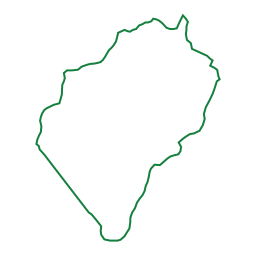 Motuca, São Paulo, Brazil
{"feature_id": "56859067B60316508863288", "entity_name": "Motuca", "entity_type": "district", "adm_level": 2, "iso_a3": "BRA", "parent_name": "Brazil", "parent_adm1": "São Paulo", "projection": "natural_earth1", "projection_center": [-48.163, -21.521], "detail": "fine", "context": "isolated", "style": "outline", "palette": "green", "viewbox_px": 256, "rotation_deg": 0, "n_neighbors": 0, "source": "geoboundaries", "source_scale": "gbopen_adm2", "svg_char_len": 1584}
<svg xmlns="http://www.w3.org/2000/svg" viewBox="0 0 256 256"><path d="M129.4,228.5L130.3,222.0L130.4,217.6L132.1,212.7L135.0,208.1L137.0,202.6L139.8,198.5L142.6,195.0L144.6,191.0L145.8,185.7L147.5,182.1L148.9,176.3L149.6,172.0L150.9,168.7L154.5,164.7L159.9,165.1L167.2,158.7L170.3,156.5L173.4,155.5L178.3,154.3L180.4,151.3L181.1,146.8L178.7,142.5L182.0,139.5L185.6,136.8L189.9,134.1L194.0,133.4L199.5,130.8L202.8,125.2L204.7,119.0L203.9,113.9L205.8,107.3L209.8,99.8L212.6,93.9L214.7,88.1L216.8,81.4L219.6,79.3L218.4,76.3L217.2,69.9L214.4,67.8L210.2,65.7L212.6,60.5L210.0,58.6L207.1,55.8L202.7,53.8L198.9,52.0L192.0,48.9L190.8,43.1L187.0,40.0L185.9,34.4L186.4,30.2L186.5,26.2L187.9,21.9L185.8,18.6L182.9,15.4L180.3,20.6L178.6,24.1L176.8,28.3L172.9,29.1L169.6,28.9L166.4,27.7L162.3,23.2L159.3,20.8L156.4,19.4L153.2,18.7L151.4,21.2L148.1,22.4L145.2,22.5L142.6,24.1L139.1,25.4L136.1,29.0L132.6,30.0L130.0,31.7L127.3,31.1L124.5,29.9L121.0,31.5L118.1,32.8L117.3,36.5L116.0,41.5L113.6,45.3L111.5,47.8L108.9,50.2L106.8,53.8L104.9,57.1L103.0,59.8L100.7,62.0L97.3,63.0L93.5,63.7L90.2,63.9L86.6,64.9L81.6,66.7L78.0,69.7L71.9,70.4L67.0,70.4L63.9,73.0L64.8,78.1L63.9,81.3L62.3,84.8L62.0,89.7L61.9,94.2L60.8,98.3L59.4,103.3L53.8,104.8L46.8,108.2L44.2,110.1L42.1,113.6L40.8,117.1L40.1,120.7L41.4,126.4L40.8,132.2L39.1,135.3L37.3,139.7L36.4,144.0L38.7,145.9L39.7,149.5L44.6,155.0L52.7,165.6L88.7,212.4L91.6,214.4L96.1,219.8L101.2,226.3L100.7,231.2L101.2,234.7L104.4,239.4L110.0,240.6L112.9,240.6L117.5,240.6L120.4,239.8L124.3,236.5L129.4,228.5Z" fill="none" stroke="#15803d" stroke-width="2"/></svg>